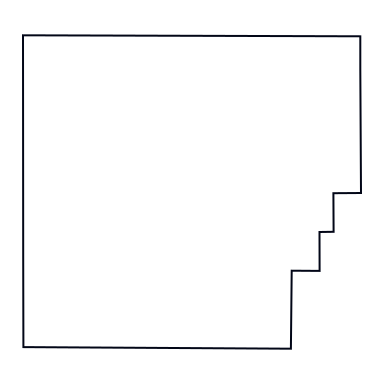 outline of Hancock, Ohio, United States of America
{"feature_id": "52423323B63270252094254", "entity_name": "Hancock", "entity_type": "district", "adm_level": 2, "iso_a3": "USA", "parent_name": "United States of America", "parent_adm1": "Ohio", "projection": "robinson", "projection_center": [-83.556, 40.993], "detail": "fine", "context": "isolated", "style": "outline", "palette": "ink", "viewbox_px": 384, "rotation_deg": 0, "n_neighbors": 0, "source": "geoboundaries", "source_scale": "gbopen_adm2", "svg_char_len": 276}
<svg xmlns="http://www.w3.org/2000/svg" viewBox="0 0 384 384"><path d="M360.3,36.3L23.0,35.3L23.2,257.0L23.4,347.1L290.9,348.7L291.7,270.7L319.6,270.9L319.5,232.0L333.6,231.8L333.4,193.2L361.0,193.0L360.3,69.0L360.3,36.3Z" fill="none" stroke="#020617" stroke-width="2"/></svg>